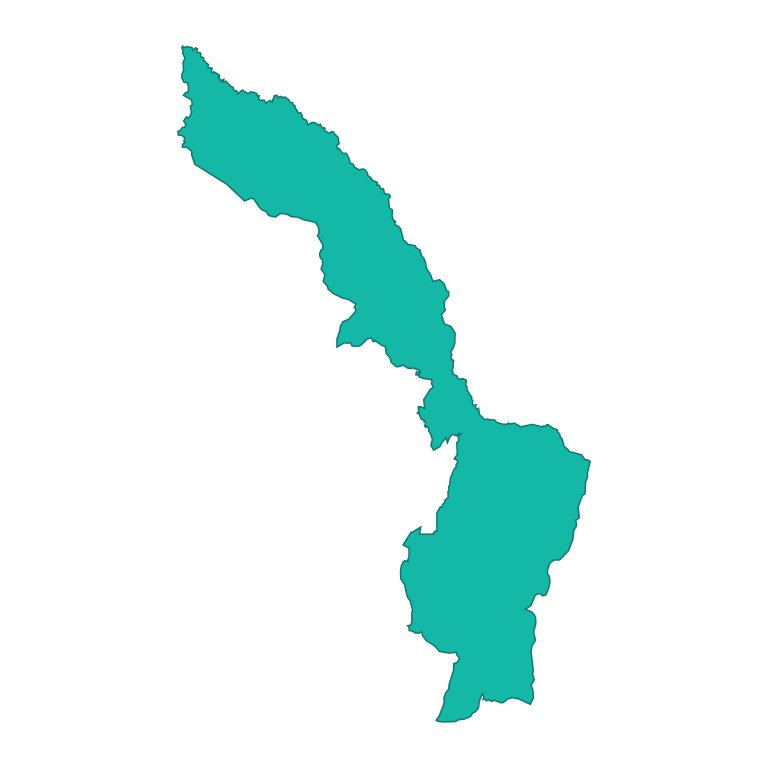 the district of Ibarra, Carchi, Ecuador
{"feature_id": "8360857B37631210722611", "entity_name": "Ibarra", "entity_type": "district", "adm_level": 2, "iso_a3": "ECU", "parent_name": "Ecuador", "parent_adm1": "Carchi", "projection": "robinson", "projection_center": [-78.188, 0.517], "detail": "fine", "context": "isolated", "style": "filled", "palette": "teal", "viewbox_px": 768, "rotation_deg": 0, "n_neighbors": 0, "source": "geoboundaries", "source_scale": "gbopen_adm2", "svg_char_len": 6070}
<svg xmlns="http://www.w3.org/2000/svg" viewBox="0 0 768 768"><path d="M409.3,630.7L411.5,630.7L415.8,633.1L419.2,633.1L421.5,631.7L422.9,636.0L426.4,640.8L434.5,645.7L439.5,651.4L449.4,653.1L456.4,652.3L456.9,654.9L459.4,658.4L457.3,662.4L453.7,663.6L453.7,669.8L449.3,683.6L448.7,689.0L445.8,692.7L444.1,697.3L444.0,703.6L439.4,715.7L436.1,720.3L438.4,721.5L444.4,721.9L455.5,721.5L458.5,719.8L464.1,719.1L470.4,716.6L473.0,712.6L474.6,712.3L477.5,709.4L478.7,706.6L479.2,701.4L482.3,693.7L483.8,696.4L483.1,699.5L484.9,699.2L486.5,700.8L488.4,699.7L491.7,701.4L494.0,700.2L501.6,702.9L503.7,702.3L507.5,699.0L512.4,697.6L518.6,698.9L530.4,704.3L533.4,697.7L532.9,690.4L531.1,685.1L534.3,679.6L532.6,674.2L533.3,670.7L531.0,651.8L531.9,645.9L535.5,640.4L533.6,632.0L535.8,623.7L535.7,618.4L534.5,615.2L531.9,612.0L525.3,609.2L530.9,605.6L535.3,595.0L538.5,593.6L541.0,594.2L542.5,595.8L545.7,595.0L548.5,588.9L550.0,582.0L549.2,576.2L547.4,574.0L547.6,569.6L549.2,564.6L551.0,562.0L554.2,560.0L559.1,560.0L560.6,559.0L568.6,550.6L572.8,539.4L573.7,530.7L576.5,525.7L575.8,520.3L579.3,517.7L578.1,506.9L582.4,495.5L584.6,494.2L585.1,492.7L585.5,482.6L587.5,477.1L587.4,472.9L590.2,461.4L587.5,459.7L585.0,459.7L581.5,454.8L568.7,451.4L568.3,449.9L564.1,446.4L562.2,439.1L560.3,437.1L559.7,434.0L557.5,432.0L557.5,429.8L553.5,428.5L548.1,424.7L546.6,424.7L545.8,426.6L543.5,425.9L541.9,426.9L532.4,424.4L520.6,426.8L514.4,423.1L510.4,424.0L508.4,423.0L507.0,424.3L503.2,424.3L496.8,422.5L494.7,420.0L488.6,419.8L487.9,419.0L484.7,419.7L479.4,414.4L478.6,408.3L476.3,409.5L475.4,406.7L476.0,404.9L473.4,405.5L472.3,403.5L472.8,400.8L471.6,399.6L471.8,397.3L466.8,389.8L467.1,387.4L465.7,384.8L466.4,380.3L462.8,378.6L459.4,379.3L457.1,377.5L456.9,375.8L453.0,374.3L453.0,372.2L451.9,371.3L453.2,367.2L453.0,362.4L453.8,361.2L453.0,360.0L451.3,359.7L450.9,356.6L451.9,355.0L450.7,351.8L453.2,348.0L454.8,343.2L455.1,333.0L451.0,326.5L444.4,323.9L441.4,314.5L445.4,310.0L444.5,307.9L444.1,301.6L448.8,295.7L448.6,291.5L446.9,291.1L444.1,283.8L439.6,279.7L432.9,281.4L430.4,274.2L426.5,268.6L425.4,262.3L423.8,258.2L421.5,255.8L420.1,250.1L416.5,248.2L415.1,245.7L407.6,244.3L405.8,241.6L403.6,240.5L400.6,228.8L398.4,226.3L394.9,224.6L394.3,222.4L395.4,222.5L395.2,221.2L393.0,219.6L392.1,216.0L392.3,209.8L389.7,208.4L389.2,206.6L388.5,198.7L390.4,196.7L389.5,194.6L384.4,193.5L383.5,188.9L381.2,189.1L379.1,185.1L377.0,185.3L377.3,182.5L372.0,180.0L370.7,177.5L367.8,175.6L367.5,173.2L364.8,169.5L362.6,168.9L359.3,169.9L354.6,167.2L353.0,164.2L350.2,163.0L348.6,157.5L346.2,153.3L342.7,153.4L339.0,148.3L337.9,149.0L336.9,147.8L337.0,145.2L339.1,143.7L338.0,137.2L334.1,133.6L333.7,132.1L331.7,131.5L329.9,133.2L327.7,132.6L324.4,130.3L325.0,128.3L323.8,127.6L322.3,128.3L320.2,124.2L318.5,125.2L315.1,122.8L312.3,122.4L308.0,124.8L306.5,120.3L302.3,118.4L302.4,116.3L300.8,112.7L298.0,113.2L297.4,110.8L294.8,107.7L295.2,105.9L292.9,104.6L292.8,102.8L289.6,102.1L288.7,99.6L284.6,96.9L282.4,98.2L281.8,96.7L280.2,96.3L278.3,97.9L276.9,95.3L274.4,95.7L272.0,102.1L270.0,100.4L265.8,103.2L264.2,100.2L260.4,100.3L258.4,98.8L259.3,95.8L257.2,95.8L256.7,93.5L255.4,93.0L250.8,91.7L248.2,93.6L242.1,90.1L237.9,93.8L236.7,90.9L233.9,90.4L233.0,87.2L230.7,86.3L225.8,81.1L222.9,82.1L223.7,79.4L220.6,81.0L220.5,79.7L217.9,77.2L219.5,76.7L219.5,75.2L213.7,71.7L212.0,72.9L211.3,71.3L212.2,68.2L207.5,67.3L208.6,64.7L204.0,60.8L203.4,57.7L200.7,56.7L200.7,53.1L196.5,51.9L197.4,48.6L195.5,47.9L192.8,50.2L192.0,47.5L186.5,46.7L184.2,47.5L182.6,46.1L181.8,47.7L183.0,50.3L182.7,53.1L185.0,58.2L183.0,62.5L183.6,70.1L181.8,74.8L181.9,78.0L183.9,82.1L187.5,82.8L188.5,86.8L188.2,92.5L185.8,92.3L183.4,95.3L191.4,99.8L192.4,104.4L190.3,106.2L191.5,112.3L190.1,116.1L188.2,118.1L186.4,116.8L183.6,121.1L186.0,124.6L184.6,127.4L182.5,127.4L179.7,130.9L177.8,131.3L178.5,135.2L181.9,135.3L184.8,137.9L183.9,141.2L185.2,142.2L182.5,144.4L182.4,147.2L186.5,147.2L191.2,150.8L191.9,152.3L191.5,154.4L194.9,164.3L226.9,184.3L244.5,200.9L251.2,198.2L253.9,199.1L259.1,206.9L262.3,210.0L266.1,211.5L268.7,215.5L275.3,217.1L280.3,213.5L286.4,214.0L291.4,216.7L297.5,217.0L303.7,219.7L314.7,222.2L315.9,223.3L318.1,226.2L319.0,230.5L318.7,233.9L317.4,235.5L322.7,244.4L322.6,249.1L321.0,249.9L319.5,254.1L320.3,257.8L322.4,259.9L322.7,264.0L321.1,269.1L325.0,274.6L323.2,281.3L327.3,286.1L328.2,289.2L333.1,293.4L341.9,297.8L348.1,299.3L355.8,303.9L354.3,307.6L356.0,309.4L355.3,311.7L348.9,319.1L342.9,321.7L340.4,326.2L339.9,330.5L337.0,338.8L336.9,347.1L344.8,342.6L347.6,343.4L349.9,342.7L351.4,343.4L351.4,345.5L352.9,346.2L358.9,346.1L361.5,344.7L367.0,339.1L371.2,337.7L373.1,341.6L374.6,341.5L374.6,340.3L382.2,345.6L385.2,346.3L386.3,353.7L390.0,357.7L391.1,362.3L396.2,366.7L399.6,366.5L402.9,364.9L407.6,368.0L410.7,368.6L412.5,367.8L419.5,370.4L420.5,372.3L419.7,373.8L419.1,372.3L417.2,371.8L416.2,372.4L416.0,374.9L418.0,374.8L419.3,377.0L424.3,378.7L430.9,379.4L432.3,381.6L431.3,383.1L433.3,387.2L430.4,389.2L423.7,399.7L424.7,408.4L420.2,406.6L418.3,407.0L418.9,412.4L416.7,413.3L419.1,413.5L421.0,418.9L424.1,420.4L424.1,421.7L424.8,421.3L425.5,423.2L424.6,426.2L425.6,426.0L425.9,427.4L427.5,426.5L428.2,427.4L429.1,429.7L428.5,430.9L430.6,433.8L432.4,439.3L430.9,445.2L433.6,450.1L439.9,446.5L442.2,442.1L446.1,437.9L447.4,442.7L449.8,437.0L452.1,434.4L457.2,435.8L458.5,433.4L461.2,433.7L458.7,435.8L458.2,437.9L458.9,440.4L456.8,442.6L457.3,454.5L454.2,458.7L457.3,460.3L457.9,461.9L456.0,464.7L456.2,466.9L454.1,469.2L450.5,477.9L449.5,485.5L448.6,486.8L449.0,490.2L447.9,491.8L448.3,497.3L444.7,500.5L444.6,502.9L442.8,504.2L442.1,506.9L440.3,506.9L436.9,512.8L436.9,531.1L434.9,531.2L433.2,533.5L433.6,534.2L419.5,534.1L420.7,527.0L411.9,532.6L411.2,532.1L403.1,544.9L409.0,548.1L409.1,556.3L407.7,560.3L408.3,561.5L405.0,560.7L403.1,562.1L401.1,566.6L400.5,572.6L400.9,579.0L404.7,584.8L406.5,593.6L407.8,597.7L410.0,600.3L412.5,610.0L411.7,613.5L411.9,621.7L410.6,625.3L407.7,625.7L408.9,626.9L409.3,630.7Z" fill="#14b8a6" stroke="#0f766e" stroke-width="1.5"/></svg>